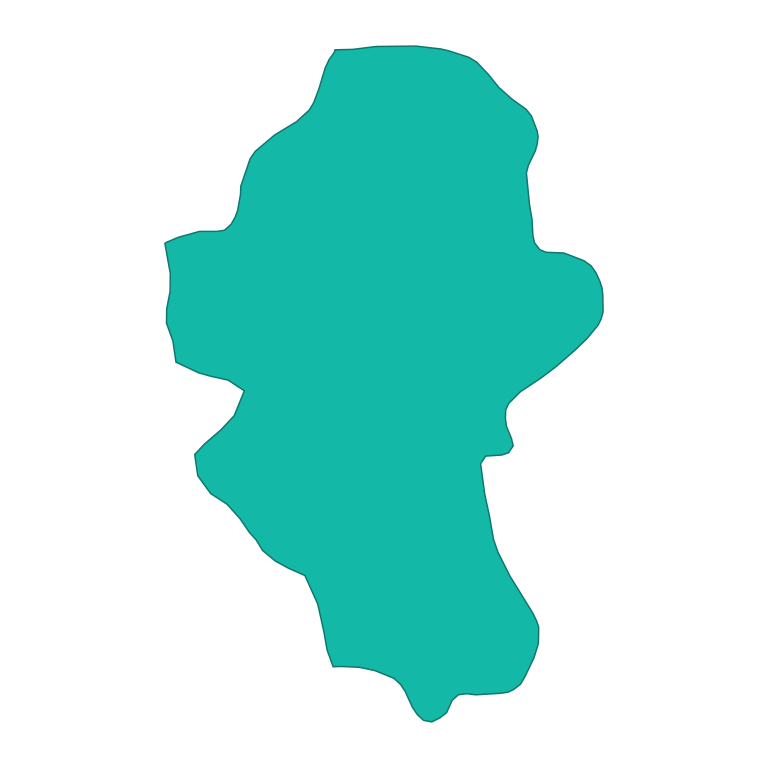 Taehung, P'yŏngan-namdo, North Korea
{"feature_id": "82179303B83506580076946", "entity_name": "Taehung", "entity_type": "district", "adm_level": 2, "iso_a3": "PRK", "parent_name": "North Korea", "parent_adm1": "P'yŏngan-namdo", "projection": "equal_earth", "projection_center": [126.981, 40.081], "detail": "fine", "context": "isolated", "style": "filled", "palette": "teal", "viewbox_px": 768, "rotation_deg": 0, "n_neighbors": 0, "source": "geoboundaries", "source_scale": "gbopen_adm2", "svg_char_len": 1785}
<svg xmlns="http://www.w3.org/2000/svg" viewBox="0 0 768 768"><path d="M536.8,380.8L542.4,377.0L555.8,366.8L574.8,350.3L587.0,338.6L598.1,325.1L601.2,318.8L603.1,311.9L602.8,295.1L602.0,287.8L599.8,281.2L596.1,273.1L594.6,270.8L591.1,265.8L583.9,260.7L563.8,253.0L546.2,252.3L539.8,249.7L534.5,242.8L532.9,235.4L532.0,219.3L529.5,204.7L526.4,172.9L528.4,165.2L535.3,151.0L537.3,143.6L538.1,136.3L537.0,130.5L531.4,115.9L526.1,109.3L511.9,99.1L498.8,87.4L488.5,74.6L476.8,62.2L469.0,57.4L448.7,50.8L440.9,49.0L415.9,46.1L376.1,46.5L352.7,49.4L335.0,49.8L334.1,52.7L329.1,59.6L325.2,68.0L318.8,89.2L313.7,102.7L309.3,110.0L296.5,121.7L274.7,134.9L255.3,151.3L250.2,158.6L240.8,186.1L240.5,194.5L237.7,210.2L235.2,217.1L231.0,224.5L224.3,230.3L217.0,231.4L199.5,231.4L178.3,237.3L176.4,238.1L166.3,242.4L164.9,243.4L170.3,273.6L170.1,291.3L166.7,309.0L166.5,323.2L172.9,340.9L176.0,362.2L198.8,372.9L211.8,376.5L228.1,380.1L244.3,390.8L234.3,415.6L221.1,429.7L204.6,443.9L194.7,454.5L197.8,475.8L210.7,493.6L227.0,504.2L239.9,518.5L249.6,532.7L256.1,539.8L262.6,550.5L275.5,561.2L288.6,568.3L304.9,575.5L311.3,589.7L317.7,603.9L320.9,618.1L324.0,632.3L327.1,650.1L329.8,657.3L333.1,666.7L342.2,666.5L359.5,667.3L374.9,670.6L393.9,678.3L400.6,684.5L405.0,691.1L412.6,707.6L417.6,714.9L423.7,720.4L431.8,721.9L439.9,717.9L446.6,712.7L452.2,700.3L458.3,694.8L466.7,693.7L475.7,694.8L500.2,693.3L508.0,692.2L509.9,691.3L513.9,689.3L520.6,684.1L525.1,676.4L529.8,666.5L534.0,657.7L538.4,643.4L538.7,627.3L536.5,620.7L532.5,612.6L509.9,576.0L497.9,552.1L493.5,539.3L489.5,516.2L484.8,494.6L480.6,463.8L485.6,456.1L501.8,455.0L508.5,452.8L513.2,445.9L511.5,438.6L506.5,426.5L505.4,418.4L505.7,410.0L508.7,403.4L520.4,391.7L536.8,380.8Z" fill="#14b8a6" stroke="#0f766e" stroke-width="1.5"/></svg>